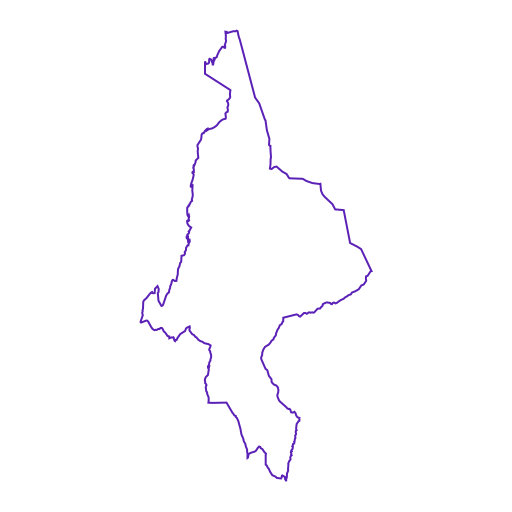 the district of Samburu North, Rift Valley, Kenya
{"feature_id": "3690345B53062225546696", "entity_name": "Samburu North", "entity_type": "district", "adm_level": 2, "iso_a3": "KEN", "parent_name": "Kenya", "parent_adm1": "Rift Valley", "projection": "equal_earth", "projection_center": [36.739, 1.705], "detail": "fine", "context": "isolated", "style": "outline", "palette": "violet", "viewbox_px": 512, "rotation_deg": 0, "n_neighbors": 0, "source": "geoboundaries", "source_scale": "gbopen_adm2", "svg_char_len": 6080}
<svg xmlns="http://www.w3.org/2000/svg" viewBox="0 0 512 512"><path d="M206.2,64.0L205.0,61.4L205.0,73.8L230.4,90.1L229.9,94.2L230.2,97.0L230.0,97.8L228.6,99.5L227.2,100.4L226.9,101.1L227.9,102.6L228.3,104.1L228.1,105.9L227.4,107.3L227.9,110.0L227.7,111.7L226.2,112.4L225.4,113.5L225.9,117.6L225.6,118.7L222.7,119.5L221.5,120.3L219.3,122.1L216.8,125.4L214.7,127.0L212.2,128.4L208.9,129.1L207.0,130.4L207.3,128.8L206.7,129.1L204.8,131.1L203.7,133.2L202.6,133.2L202.3,133.5L201.6,134.8L201.3,138.3L200.7,140.1L197.5,145.0L197.4,146.2L198.0,148.3L197.7,151.5L198.3,157.9L195.7,160.5L195.6,162.0L194.8,164.3L194.4,165.2L193.9,165.0L193.6,165.3L193.8,166.9L193.3,167.3L193.3,167.9L193.8,169.1L193.9,172.8L193.4,171.8L193.0,171.7L192.6,171.9L192.4,173.0L193.5,173.9L193.7,175.1L192.5,180.1L191.5,182.7L190.7,185.8L190.8,186.7L191.2,186.8L191.7,186.5L192.3,184.8L192.6,185.0L192.3,190.6L192.8,195.0L192.6,196.5L191.8,199.6L192.1,200.9L190.8,201.8L190.0,203.8L189.3,204.4L189.2,205.5L188.4,205.8L188.3,206.6L187.3,207.4L187.2,208.2L187.2,212.1L187.5,215.1L188.0,216.0L188.8,214.9L189.2,216.5L188.6,219.2L189.1,220.2L188.6,221.0L187.5,220.6L187.1,220.9L187.3,223.1L187.8,224.3L189.1,226.1L191.2,227.5L189.5,230.6L188.7,231.4L189.2,232.0L188.8,233.4L187.4,234.6L188.0,236.4L188.0,237.2L186.8,236.4L186.5,237.0L186.8,238.2L187.9,239.4L188.1,241.5L188.8,241.1L189.2,239.5L189.5,239.5L189.8,241.3L188.7,243.5L188.4,245.4L187.4,245.5L186.1,247.8L185.9,250.3L184.7,252.1L185.0,253.4L184.8,254.1L184.0,255.2L181.5,255.8L181.2,261.9L180.2,262.9L179.4,266.3L178.0,269.2L177.7,274.7L176.8,278.0L176.4,280.9L174.8,281.0L173.2,279.9L172.7,279.9L172.0,280.9L171.1,284.5L170.3,285.9L170.1,288.0L169.3,289.9L168.9,292.5L167.6,293.3L166.2,295.5L163.0,305.0L162.2,305.7L161.4,305.9L158.5,300.8L157.8,293.2L158.5,292.0L158.7,288.9L157.5,286.1L155.0,288.7L154.6,293.1L152.8,293.2L152.2,293.0L152.0,292.1L151.5,292.3L150.0,293.6L146.3,298.3L144.2,300.1L143.4,301.4L143.2,302.7L143.0,308.7L142.5,310.1L142.7,311.2L142.2,312.8L142.8,315.2L140.5,321.9L140.9,322.5L141.3,322.5L146.2,320.6L147.2,320.6L148.2,321.6L151.4,327.4L152.6,329.0L154.4,330.2L155.8,329.8L156.8,329.9L158.3,328.9L159.4,329.1L160.6,327.9L161.9,328.0L162.7,329.0L163.8,331.4L165.3,332.7L167.6,336.0L169.1,336.4L169.3,338.3L171.2,337.4L172.0,337.6L173.2,337.2L173.7,337.6L174.0,339.1L174.7,340.9L175.1,341.2L175.9,339.9L176.6,339.9L177.2,338.4L180.2,334.1L185.1,331.0L185.9,328.7L186.7,327.8L189.6,326.4L189.9,327.7L189.4,329.4L189.5,330.5L192.2,334.2L194.1,335.1L195.3,336.8L196.5,337.4L198.3,339.7L200.3,341.1L202.3,341.7L204.4,343.2L208.4,344.1L210.6,345.4L210.4,346.6L209.2,349.3L209.3,350.2L210.2,351.3L210.3,352.9L210.9,354.0L211.2,355.9L211.1,357.4L210.5,359.1L210.4,360.6L209.5,362.0L208.8,365.1L207.9,366.6L208.0,367.3L209.1,366.8L208.6,368.7L208.8,369.6L207.9,375.0L205.8,377.1L205.0,379.0L204.8,380.3L205.2,381.5L205.1,383.0L206.1,384.2L206.5,385.1L205.8,386.6L205.8,387.8L206.3,391.4L207.1,392.3L207.2,394.0L208.6,397.3L208.7,400.2L208.4,402.7L212.2,402.9L226.5,402.6L232.6,413.0L233.3,413.6L234.3,415.4L235.8,416.0L235.8,416.9L236.8,417.9L238.3,421.0L240.5,429.1L241.4,434.3L243.3,438.8L243.8,441.2L245.4,444.1L245.8,446.4L247.1,449.5L247.1,452.0L247.5,453.4L247.5,457.9L248.0,457.5L248.6,454.0L251.0,452.7L254.5,451.7L256.0,450.7L257.8,447.9L259.1,446.5L260.3,447.0L260.7,448.2L262.4,449.1L264.3,452.0L266.0,453.7L265.7,454.6L265.7,464.7L266.7,465.4L267.8,467.7L268.8,468.8L270.0,471.6L272.3,475.2L275.6,476.7L276.8,477.9L281.0,478.5L281.7,477.3L281.9,475.7L282.3,475.4L284.8,476.9L285.2,479.4L286.0,480.5L286.2,481.3L286.2,478.9L286.8,477.5L287.0,473.4L288.2,470.7L288.0,469.6L288.4,464.4L288.2,463.9L289.2,461.1L290.5,459.6L290.3,457.5L290.6,456.3L291.6,455.3L291.1,454.7L291.4,454.0L291.3,453.3L290.8,452.3L291.0,451.7L291.8,451.3L291.3,450.5L292.6,448.8L292.9,446.7L292.8,446.3L292.4,446.2L293.0,444.9L292.9,444.3L293.2,443.8L294.2,443.5L294.4,442.1L294.2,441.6L294.6,441.2L294.9,438.9L295.4,438.1L295.2,435.5L296.1,434.0L295.7,432.2L295.9,430.7L296.6,430.2L296.1,428.7L296.6,424.1L298.6,421.1L299.3,420.9L299.5,419.7L299.2,418.7L299.4,417.9L297.6,417.3L296.9,416.6L296.0,415.0L295.6,413.3L294.4,411.8L293.0,412.6L291.2,412.4L290.2,409.5L289.3,408.8L288.6,409.0L287.4,408.5L286.4,407.3L279.8,401.4L278.8,399.9L277.6,396.9L277.3,395.2L278.2,392.3L278.4,390.0L277.9,387.4L276.3,385.5L273.8,384.5L271.7,382.2L271.4,379.1L268.9,375.9L267.3,370.2L265.5,368.8L261.2,359.0L261.2,357.3L262.2,354.9L262.2,352.9L263.4,349.4L265.0,346.9L268.9,344.5L270.6,342.4L271.5,340.8L273.5,339.3L273.8,337.9L275.8,335.4L276.0,333.7L277.5,329.7L278.7,328.1L279.8,325.3L281.8,323.9L282.4,322.1L283.2,321.4L283.3,317.7L296.5,314.4L297.9,314.9L299.2,316.3L300.2,316.6L304.0,313.0L305.4,313.0L306.8,313.8L309.0,312.3L310.8,312.7L312.1,312.3L313.2,312.7L314.1,312.5L317.6,308.7L320.1,308.5L321.0,307.2L322.5,305.9L322.8,304.2L325.2,302.9L327.0,302.4L330.3,303.0L331.2,304.1L332.0,304.1L332.7,303.1L333.6,302.6L334.5,302.7L335.4,303.4L336.6,303.0L340.5,300.2L343.6,298.8L345.2,297.3L347.1,296.3L348.4,295.2L350.8,294.4L352.0,292.5L355.0,291.4L358.8,289.2L361.3,285.5L363.8,284.4L366.0,281.1L366.2,280.4L365.9,279.1L366.0,276.4L367.6,275.8L370.7,271.2L371.5,271.1L361.1,249.1L357.5,246.8L350.1,243.0L343.7,210.1L335.2,209.4L332.4,204.1L324.5,196.7L322.5,194.2L321.0,190.6L320.4,183.8L319.6,184.0L312.5,183.1L306.4,181.0L302.7,178.8L289.5,178.3L288.9,177.8L286.6,174.0L282.3,171.6L276.6,166.6L274.3,167.0L271.6,169.0L269.9,168.6L270.5,164.4L270.6,159.1L271.0,157.3L270.5,150.4L270.4,145.8L269.6,145.7L269.0,144.9L269.4,138.9L266.9,130.3L265.5,120.4L264.9,119.6L259.2,103.3L255.1,97.6L239.9,40.0L238.8,36.9L237.5,31.0L236.4,30.7L235.4,31.3L233.5,31.2L227.2,33.0L226.8,31.9L225.4,31.7L225.9,35.9L225.7,38.9L226.1,41.0L224.8,45.1L225.3,46.5L225.1,47.8L224.6,47.9L222.9,46.7L222.3,46.8L219.3,50.9L217.4,54.9L216.6,57.3L215.2,57.9L214.7,59.2L213.9,58.0L213.7,58.1L213.7,61.3L213.2,64.2L212.7,65.3L212.7,61.0L211.9,61.7L211.2,59.6L210.2,59.0L209.5,58.8L209.2,59.2L209.1,61.9L208.7,63.2L208.1,63.6L206.2,64.0Z" fill="none" stroke="#5b21b6" stroke-width="2"/></svg>